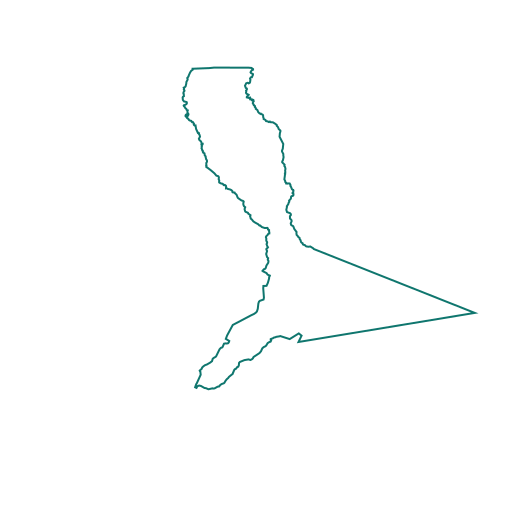 Cental Imenti, Eastern, Kenya, rotated 230°
{"feature_id": "3690345B53474417583970", "entity_name": "Cental Imenti", "entity_type": "district", "adm_level": 2, "iso_a3": "KEN", "parent_name": "Kenya", "parent_adm1": "Eastern", "projection": "natural_earth1", "projection_center": [37.683, 0.042], "detail": "fine", "context": "isolated", "style": "outline", "palette": "teal", "viewbox_px": 512, "rotation_deg": 230, "n_neighbors": 0, "source": "geoboundaries", "source_scale": "gbopen_adm2", "svg_char_len": 6152}
<svg xmlns="http://www.w3.org/2000/svg" viewBox="0 0 512 512"><g transform="rotate(230 256 256)"><path d="M71.8,387.0L224.3,304.7L225.0,304.8L228.4,303.7L229.3,302.2L231.0,300.7L231.6,300.5L233.1,300.4L234.2,299.5L234.8,299.4L235.8,299.9L236.9,299.5L237.9,299.5L239.5,300.3L240.7,300.3L241.9,301.0L243.5,300.6L244.2,300.8L246.1,300.7L247.6,301.7L248.3,302.5L252.1,302.7L254.6,303.6L255.2,303.6L256.6,303.0L257.3,302.9L258.7,303.6L259.7,305.6L260.2,306.0L261.0,306.3L262.8,306.1L263.7,306.8L264.7,307.6L265.0,309.1L265.7,309.6L266.9,309.6L269.7,308.0L271.9,308.9L273.8,311.4L274.3,311.6L275.0,314.1L275.8,315.2L276.2,316.4L277.2,317.0L277.4,319.1L277.7,319.8L278.8,320.9L279.0,321.6L278.4,322.9L278.4,323.5L279.1,324.3L279.9,324.8L280.1,324.4L280.8,324.4L281.3,325.9L282.1,326.8L282.7,327.0L283.2,326.6L284.2,326.5L286.2,327.2L287.6,327.4L288.1,328.0L289.9,328.4L291.2,327.0L291.3,326.5L292.2,325.7L292.8,326.2L293.9,326.0L294.8,326.6L296.5,327.0L299.1,329.9L299.6,330.3L300.1,331.2L300.8,331.3L301.3,332.3L302.8,333.3L303.8,334.6L305.6,335.5L306.8,335.6L307.6,336.6L310.9,336.3L311.6,336.9L312.0,338.1L314.0,340.7L315.4,341.5L316.6,342.5L319.3,343.1L319.9,343.5L321.0,345.5L324.3,348.9L332.2,350.7L334.6,353.1L336.0,355.1L336.5,355.3L338.7,355.0L340.5,355.7L342.4,355.6L342.9,356.1L344.7,355.8L347.5,354.9L349.4,352.9L350.1,353.0L350.5,351.8L351.6,351.5L352.9,350.4L354.1,350.7L356.0,349.9L356.6,350.4L357.8,350.8L358.8,351.6L359.8,352.0L361.0,351.5L361.5,351.0L362.0,351.2L362.8,350.4L364.7,350.2L367.0,350.9L368.8,350.4L369.3,350.9L370.9,350.9L371.3,351.5L371.7,351.6L372.9,351.2L373.5,351.6L374.9,351.6L375.7,352.4L376.0,353.7L377.3,354.3L377.9,353.8L377.9,353.0L378.5,352.9L378.9,353.3L379.8,352.3L380.7,353.2L381.2,353.3L381.4,352.3L383.4,350.9L383.9,351.4L384.0,352.2L383.9,353.4L384.2,354.0L386.3,353.1L387.4,353.2L388.5,354.5L389.1,354.7L389.3,355.7L389.7,356.4L390.3,356.6L391.3,356.2L393.5,357.0L394.6,359.5L394.1,360.9L393.6,361.3L392.9,361.4L392.7,362.6L393.0,363.2L394.7,365.1L395.7,365.4L396.2,366.7L396.0,367.4L395.6,367.8L396.8,370.2L397.3,370.6L399.3,369.8L400.1,369.8L400.5,370.4L401.0,372.2L400.6,373.5L401.1,373.9L402.3,373.5L402.9,373.5L404.9,371.5L427.2,345.1L429.9,341.1L440.2,327.8L439.4,327.3L439.5,325.3L438.9,323.4L437.4,320.3L436.9,319.7L436.5,317.7L435.5,317.4L435.0,316.9L434.1,314.6L432.8,313.3L431.2,311.1L431.1,310.0L431.4,308.8L430.1,308.3L429.9,307.7L428.5,307.4L428.1,305.9L427.7,305.3L427.1,304.8L426.4,304.8L426.0,304.3L424.8,303.6L424.9,302.3L424.6,301.7L422.6,300.3L420.7,300.2L419.0,301.5L418.3,301.8L417.7,301.4L417.3,301.0L417.1,300.3L417.4,298.5L417.8,298.0L417.7,297.3L417.1,297.1L415.8,297.2L414.7,296.9L413.5,297.2L412.6,296.8L412.0,296.9L411.4,297.3L411.0,296.6L410.4,296.0L409.5,295.5L408.7,295.7L408.2,295.2L407.7,295.1L407.5,294.6L408.7,294.2L409.2,293.8L409.2,292.9L408.9,292.3L408.4,291.9L407.1,292.0L407.2,292.6L406.7,292.8L405.9,291.9L404.3,292.3L403.1,292.1L402.3,292.4L401.1,293.3L400.1,293.0L399.5,293.1L399.2,293.7L397.1,293.5L396.7,292.8L396.0,292.7L395.3,292.9L394.9,293.6L391.9,291.8L387.6,290.6L387.3,291.2L386.7,291.3L386.2,290.7L385.0,290.6L383.4,289.8L382.5,287.6L381.3,287.2L379.1,287.5L377.5,287.0L376.8,286.2L376.2,287.2L375.8,286.8L375.7,285.6L374.8,285.1L374.6,284.5L374.1,284.3L373.4,283.4L372.8,283.4L371.7,282.8L371.0,283.0L370.2,282.3L369.5,282.4L369.2,282.0L367.7,282.5L366.0,281.4L364.7,281.5L363.7,280.7L363.0,280.5L362.2,280.0L360.9,279.9L360.2,279.5L359.7,279.0L359.2,277.7L357.8,276.6L357.5,276.1L356.9,276.1L356.3,275.2L355.9,275.1L355.1,275.5L350.8,276.5L346.1,277.3L343.0,277.3L341.6,278.3L340.9,278.4L339.8,277.9L338.9,276.8L337.5,276.4L336.3,275.2L335.8,275.1L333.9,275.9L332.9,276.8L331.6,277.0L331.1,276.8L330.6,277.1L330.4,277.8L329.8,278.0L329.1,278.1L328.5,277.8L327.1,276.5L326.8,277.1L325.5,277.5L323.8,278.8L322.3,279.5L320.9,279.6L320.0,279.0L319.5,279.2L318.4,280.4L317.7,280.2L315.5,280.5L312.5,279.5L311.9,279.5L307.8,280.6L306.9,281.3L306.1,281.6L305.5,281.5L304.7,280.3L303.4,279.3L301.8,278.8L300.3,279.1L299.3,277.4L297.2,276.4L296.6,276.4L294.3,277.6L293.4,277.3L290.8,278.0L290.1,276.9L289.3,276.7L288.1,276.0L286.5,276.3L284.3,276.2L282.2,276.8L278.9,278.1L277.1,278.2L276.7,278.8L274.4,279.1L271.8,280.7L270.2,282.8L269.6,282.8L268.6,282.2L267.5,282.7L266.5,281.9L265.2,281.2L264.7,280.7L265.0,280.3L265.1,279.7L264.7,278.6L264.5,276.4L264.1,275.7L262.7,275.1L261.4,273.9L260.1,273.4L259.6,273.5L258.9,273.0L258.3,271.7L255.8,270.8L255.0,270.8L254.8,270.1L254.8,268.6L254.3,268.1L252.7,267.7L251.0,265.1L248.1,263.8L246.5,263.9L245.6,262.6L244.3,262.4L243.6,261.8L242.9,260.9L242.0,257.9L240.6,255.8L240.4,255.1L240.4,254.2L240.8,253.5L240.4,251.4L239.8,251.5L236.1,253.1L234.5,252.9L233.6,253.2L232.1,254.0L231.7,253.4L231.4,252.5L230.3,251.5L227.8,247.8L226.4,244.9L226.8,244.3L228.3,242.4L226.5,240.7L219.0,235.3L217.8,233.8L219.2,230.1L219.1,228.9L218.1,227.3L214.4,223.4L212.9,221.0L212.7,219.5L212.9,217.2L213.7,214.2L218.1,193.9L213.7,182.8L211.9,179.6L208.1,180.9L207.4,179.8L207.1,178.6L207.7,177.4L208.7,176.4L209.4,175.1L207.8,172.0L207.7,171.3L208.2,170.1L208.0,168.2L204.8,161.0L204.7,160.4L205.1,158.1L205.1,156.8L203.7,154.7L203.8,152.3L204.5,148.4L205.1,147.0L205.3,144.9L205.2,143.1L204.5,141.9L204.4,139.2L203.8,139.0L203.3,139.1L200.6,137.3L196.4,128.5L196.3,127.9L194.6,125.0L193.2,125.6L193.3,126.1L194.1,126.9L193.3,129.2L191.8,130.3L188.0,131.7L186.9,132.7L184.5,133.9L182.6,137.6L182.1,137.8L181.2,139.2L180.6,142.5L179.7,144.1L180.1,144.9L180.1,146.4L180.0,147.4L179.2,149.5L179.2,150.3L180.0,152.5L180.4,154.4L180.4,156.2L180.8,157.7L180.7,162.5L181.4,163.4L181.6,164.1L182.1,164.7L182.3,165.6L182.8,166.2L182.9,167.1L182.5,168.0L183.0,170.4L182.6,171.2L183.3,172.6L185.0,174.3L185.2,175.5L183.7,180.2L181.6,183.8L179.9,184.9L179.5,186.8L179.6,187.9L180.0,188.6L180.2,189.3L179.4,196.2L179.8,198.6L181.2,201.4L181.3,203.3L180.9,204.7L180.8,206.1L181.8,209.0L181.4,211.5L181.0,212.0L181.5,213.3L182.0,213.6L182.5,213.5L182.9,213.9L182.1,216.1L182.0,217.3L181.2,218.8L181.1,219.5L179.4,222.3L179.1,223.1L170.7,228.4L169.2,239.0L165.7,239.7L162.8,233.3L71.8,387.0Z" fill="none" stroke="#0f766e" stroke-width="2"/></g></svg>